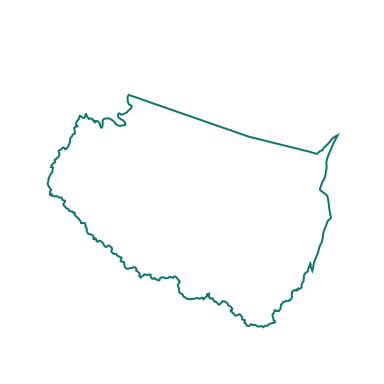 outline of Itupiranga, Pará, Brazil, rotated 21°
{"feature_id": "56859067B73095906204951", "entity_name": "Itupiranga", "entity_type": "district", "adm_level": 2, "iso_a3": "BRA", "parent_name": "Brazil", "parent_adm1": "Pará", "projection": "natural_earth1", "projection_center": [-49.924, -5.078], "detail": "fine", "context": "isolated", "style": "outline", "palette": "teal", "viewbox_px": 384, "rotation_deg": 21, "n_neighbors": 0, "source": "geoboundaries", "source_scale": "gbopen_adm2", "svg_char_len": 6004}
<svg xmlns="http://www.w3.org/2000/svg" viewBox="0 0 384 384"><g transform="rotate(21 192 192)"><path d="M332.6,222.4L332.5,221.0L331.1,213.9L331.3,208.8L331.3,203.0L330.7,197.6L330.8,195.4L331.2,192.5L330.7,189.1L329.3,183.1L329.1,180.1L329.2,175.4L329.1,170.9L329.6,169.3L330.7,167.4L330.9,165.9L328.9,163.2L326.8,159.4L325.0,156.4L324.0,154.1L320.3,147.9L318.7,146.6L310.9,144.3L310.3,143.1L310.1,137.0L310.8,130.8L310.7,129.7L309.9,126.1L309.3,122.4L308.4,119.4L307.3,117.5L306.7,115.7L306.1,111.5L306.5,96.3L307.7,86.8L306.2,88.4L305.8,89.2L304.4,90.8L304.0,91.6L301.8,98.1L299.4,103.2L298.6,106.7L297.6,107.1L297.0,107.6L295.3,111.3L294.3,111.9L292.3,111.8L289.6,112.3L288.8,112.1L225.3,120.0L98.2,124.0L97.8,125.9L98.1,127.3L99.8,130.9L100.5,131.4L101.0,132.2L101.8,132.8L104.8,133.2L105.1,134.2L105.1,135.0L104.8,136.2L103.6,138.4L102.7,140.9L101.9,142.0L99.0,144.8L98.0,145.1L96.3,144.6L95.4,145.0L95.2,146.1L95.2,147.0L95.9,147.9L97.3,148.9L99.2,149.5L101.5,149.7L104.4,151.0L105.5,152.3L105.7,153.2L105.1,153.8L104.4,154.0L102.3,155.4L100.3,156.4L98.5,156.3L97.4,155.9L96.7,156.1L94.6,154.5L93.8,154.1L89.2,153.0L88.3,153.0L84.9,154.4L83.4,155.6L83.0,157.2L83.2,158.2L84.4,160.6L84.4,161.5L84.9,163.1L84.8,164.0L84.1,164.5L82.8,163.3L81.1,161.0L80.3,160.3L79.3,159.9L77.5,159.9L76.9,160.4L76.7,161.2L76.3,161.8L75.5,161.3L75.3,160.4L73.5,160.5L73.1,159.8L72.4,159.4L70.8,159.7L69.5,160.8L66.2,158.3L65.7,157.6L65.1,157.2L64.7,158.2L65.2,160.0L65.1,160.8L64.6,161.7L63.9,161.8L60.7,161.1L59.9,161.2L59.8,162.0L60.2,163.0L60.3,163.8L59.1,167.9L59.4,170.7L60.4,170.9L61.4,171.6L59.3,173.4L59.2,174.4L59.4,175.2L61.5,178.5L61.6,179.4L61.1,180.3L60.1,180.8L60.0,183.2L59.3,184.9L59.2,186.1L60.2,189.1L60.1,193.7L59.2,196.5L58.6,197.3L57.7,197.4L57.1,196.8L56.1,196.4L55.4,196.9L55.0,197.6L54.5,199.6L53.3,200.4L52.8,201.4L53.5,202.9L54.7,203.8L54.9,205.7L54.5,207.4L53.7,209.3L52.3,211.1L52.4,212.0L53.6,212.9L53.3,213.8L52.0,215.2L51.5,217.1L51.4,219.1L52.2,218.8L53.7,219.1L53.9,221.7L54.3,222.5L54.4,223.5L54.2,224.4L53.7,225.1L53.6,227.1L53.4,228.4L53.4,231.7L54.2,233.5L54.0,235.3L55.5,237.5L58.4,239.7L59.3,240.0L59.6,240.8L59.3,242.5L60.0,244.1L60.0,245.0L60.5,245.7L61.2,245.3L61.8,244.6L62.0,245.4L62.8,245.4L63.4,245.8L65.6,245.2L67.2,244.4L67.9,244.3L69.6,244.8L70.5,244.7L71.7,244.0L72.6,244.2L73.6,245.6L74.4,245.9L75.2,245.6L76.8,245.8L76.9,246.6L76.3,249.0L76.5,250.0L77.0,250.6L78.4,250.9L79.8,252.0L82.8,252.3L83.9,253.6L84.8,253.7L87.5,253.1L88.2,253.7L88.9,253.8L89.5,253.3L90.3,253.7L90.4,254.5L90.7,255.2L91.3,255.8L93.7,256.8L95.3,257.2L96.5,258.2L98.0,258.9L98.7,259.5L99.6,260.8L101.9,259.7L102.7,259.5L103.5,259.7L104.6,261.2L104.7,262.0L105.2,262.7L106.1,262.9L106.7,263.7L107.2,264.6L107.2,265.6L109.6,267.9L110.3,268.3L112.1,267.9L114.7,268.1L115.7,268.6L116.2,269.3L116.7,271.1L117.6,271.2L118.5,269.9L119.1,270.2L120.7,272.1L121.6,272.2L122.2,271.8L122.6,270.8L123.5,270.5L125.2,270.8L127.2,271.7L129.1,273.4L130.5,274.1L131.4,274.2L132.1,273.6L132.9,272.0L133.8,271.7L134.5,271.8L136.1,272.7L137.0,272.8L137.5,273.3L137.8,274.1L137.9,276.2L138.4,276.9L139.2,277.0L140.7,277.8L141.5,277.8L143.1,277.0L144.0,277.2L144.5,278.0L145.6,278.3L146.5,278.4L147.2,278.3L148.9,278.9L149.6,278.5L150.0,279.2L150.1,280.2L149.9,281.3L150.3,282.3L152.2,282.1L153.1,281.7L153.9,282.0L154.4,282.8L154.5,283.6L156.0,285.9L158.0,287.0L158.7,287.1L160.2,286.4L161.0,285.6L161.9,285.0L162.8,284.8L163.5,284.2L164.0,283.3L165.5,282.7L167.2,283.4L167.9,284.0L167.8,284.9L168.3,285.5L169.2,285.5L171.9,286.5L172.6,287.4L172.8,289.0L173.5,289.3L174.6,290.3L175.5,288.6L176.6,287.4L176.7,286.6L177.0,285.9L179.2,285.8L179.9,285.2L180.8,285.1L182.1,284.0L182.9,283.9L183.6,285.5L184.0,286.1L186.0,287.3L186.7,287.1L187.8,285.8L189.5,286.5L190.2,286.2L191.1,286.5L192.6,286.6L193.1,286.0L193.1,284.2L193.4,283.4L194.7,282.3L195.5,281.9L198.8,281.8L199.5,281.5L200.3,281.0L201.0,280.1L201.2,279.4L201.9,279.1L203.4,279.2L204.1,278.9L205.1,278.9L205.1,278.0L205.5,277.4L206.2,277.0L207.1,277.0L210.6,278.7L211.1,279.5L211.9,279.5L212.6,279.9L212.8,280.7L212.0,283.7L212.3,284.6L214.6,286.9L215.7,289.7L216.4,290.4L217.2,290.7L219.1,290.7L220.2,291.3L221.5,292.6L223.3,292.9L225.0,293.4L227.9,293.0L229.1,292.7L229.9,291.9L232.3,291.0L234.2,289.3L235.0,289.0L236.0,289.1L237.7,288.8L238.8,287.3L239.6,286.9L240.3,286.8L240.6,287.7L241.3,288.0L242.5,285.3L243.2,284.4L243.1,283.3L242.7,282.4L243.2,281.5L244.5,280.6L245.2,283.5L245.7,284.1L246.6,284.4L247.1,284.9L247.8,284.8L248.5,284.2L249.4,283.9L250.6,285.1L252.6,286.3L253.2,285.9L254.6,286.2L256.2,286.9L256.7,287.4L257.5,287.5L258.1,287.0L259.1,285.3L259.3,284.5L259.2,283.7L259.7,283.0L260.4,282.9L261.1,282.5L262.8,282.5L263.4,282.9L264.3,282.8L264.9,283.0L266.1,284.5L266.8,284.8L269.7,285.4L271.7,286.8L271.5,287.6L270.9,288.0L270.6,288.8L271.1,289.5L271.9,289.4L273.3,290.3L274.0,290.3L275.3,291.3L276.8,291.9L277.4,291.6L279.5,289.8L280.1,289.0L281.1,289.2L283.4,290.7L284.0,292.4L285.6,293.0L286.5,292.6L287.3,292.7L287.6,294.7L288.1,295.5L288.8,295.4L289.9,295.8L290.2,296.6L291.9,297.2L292.7,296.9L293.7,296.2L293.9,295.2L294.3,294.4L294.9,294.1L296.6,294.6L297.5,293.8L299.1,293.5L301.8,293.9L302.5,293.8L304.7,292.3L307.3,292.6L307.4,291.5L308.0,290.7L310.1,290.1L311.7,287.4L314.2,285.4L316.1,284.2L315.9,283.1L314.0,282.3L313.6,281.4L311.3,278.3L311.1,277.3L311.5,276.4L311.7,275.3L311.5,272.8L312.3,272.5L313.5,272.9L314.2,272.5L315.8,272.0L315.9,271.0L316.5,269.1L315.4,265.2L316.3,263.6L316.4,262.3L317.9,261.3L318.2,260.5L318.8,259.8L319.7,259.8L320.5,259.5L321.1,259.2L321.5,258.4L322.2,258.2L323.0,255.5L323.1,254.6L321.7,251.8L321.8,250.7L321.2,249.6L321.3,248.7L322.6,247.2L323.5,246.7L324.5,246.9L325.2,246.3L324.6,245.5L325.4,244.9L325.9,243.9L326.6,244.4L327.8,243.2L328.3,242.3L328.4,241.4L327.8,240.4L327.5,238.5L327.5,237.5L328.1,235.4L326.7,230.4L326.4,228.6L326.8,227.3L328.2,225.1L328.4,223.9L328.0,220.5L328.0,216.3L328.8,217.1L329.2,218.7L332.6,222.4Z" fill="none" stroke="#0f766e" stroke-width="2"/></g></svg>